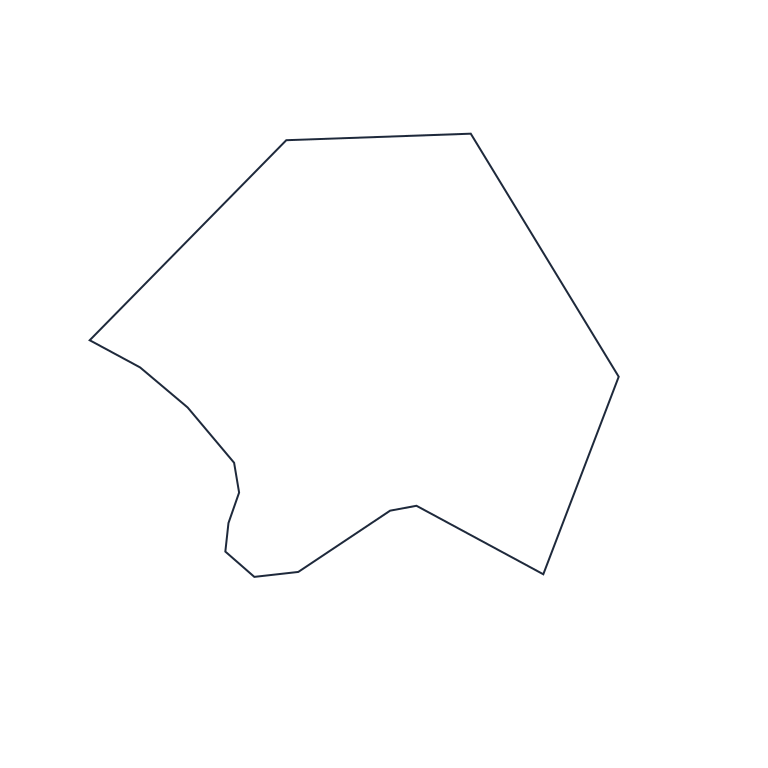 SVG path tracing the border of Limerick, rotated 229°
{"feature_id": "IRL-5570", "entity_name": "Limerick", "entity_type": "City", "adm_level": 1, "iso_a3": "IRL", "parent_name": "Ireland", "parent_adm1": "", "projection": "albers", "projection_center": [-8.613, 52.652], "detail": "fine", "context": "isolated", "style": "outline", "palette": "slate", "viewbox_px": 768, "rotation_deg": 229, "n_neighbors": 0, "source": "natural_earth", "source_scale": "10m", "svg_char_len": 358}
<svg xmlns="http://www.w3.org/2000/svg" viewBox="0 0 768 768"><g transform="rotate(229 384 384)"><path d="M361.6,154.3L381.1,175.4L397.1,203.4L422.9,219.2L495.1,220.4L556.5,210.8L610.1,190.6L632.1,470.2L516.0,613.7L235.5,565.9L135.9,379.4L270.8,328.6L284.4,305.5L298.4,196.0L323.5,159.6L361.6,154.3Z" fill="none" stroke="#1e293b" stroke-width="2"/></g></svg>